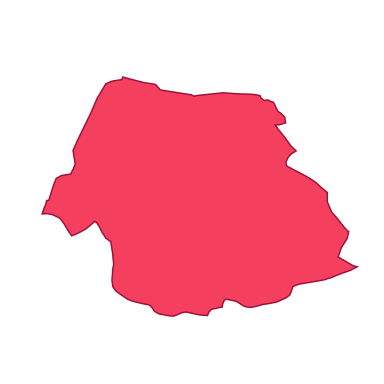 Duhok, Dihok, Iraq (Robinson projection), rotated 171°
{"feature_id": "34846034B6031553398703", "entity_name": "Duhok", "entity_type": "district", "adm_level": 2, "iso_a3": "IRQ", "parent_name": "Iraq", "parent_adm1": "Dihok", "projection": "robinson", "projection_center": [43.064, 36.944], "detail": "fine", "context": "isolated", "style": "filled", "palette": "rose", "viewbox_px": 384, "rotation_deg": 171, "n_neighbors": 0, "source": "geoboundaries", "source_scale": "gbopen_adm2", "svg_char_len": 2017}
<svg xmlns="http://www.w3.org/2000/svg" viewBox="0 0 384 384"><g transform="rotate(171 192 192)"><path d="M196.0,67.6L193.9,71.0L192.1,72.3L191.1,73.2L188.6,73.2L184.0,73.6L180.2,73.6L179.5,76.1L177.0,80.0L174.9,80.8L165.1,77.0L159.1,71.5L156.6,70.2L152.4,68.9L147.5,68.9L140.1,69.8L131.3,69.8L125.0,70.2L115.9,72.7L111.6,74.9L109.5,78.3L107.1,82.9L101.1,84.2L75.1,84.6L66.6,85.9L61.7,87.2L58.3,87.9L58.2,87.9L55.4,88.5L48.4,89.7L40.6,92.3L43.8,93.6L49.1,97.8L57.8,105.0L53.3,113.5L45.9,122.0L43.4,128.4L44.1,128.8L47.3,133.5L53.2,144.1L57.1,150.0L58.5,155.6L59.9,161.1L58.5,170.4L63.8,176.4L68.0,181.9L73.6,187.0L78.2,190.8L94.3,202.7L94.7,206.5L92.6,209.9L90.8,212.0L87.7,214.2L82.7,216.3L87.0,221.8L91.9,231.6L96.8,240.1L99.2,245.0L99.3,245.2L98.0,245.0L96.0,244.8L95.4,244.7L94.8,244.8L88.7,245.6L88.7,251.5L92.2,256.2L94.3,257.9L95.7,261.7L96.4,264.5L96.8,266.0L97.8,268.1L99.9,269.0L102.8,271.1L104.0,271.1L105.1,271.1L106.3,271.1L107.7,272.3L109.1,274.0L109.8,276.6L113.3,277.9L117.2,279.1L129.1,281.3L145.7,285.1L169.6,286.4L170.8,286.4L174.0,286.4L175.2,286.4L177.4,288.1L186.5,291.0L203.8,296.6L207.3,297.8L209.0,300.4L211.1,303.8L215.7,305.5L221.4,307.2L233.3,312.3L242.4,316.4L243.8,314.0L253.5,314.0L260.1,312.4L265.0,306.6L271.2,299.1L279.6,285.8L296.8,261.2L303.0,251.6L303.0,237.8L305.6,233.5L309.1,228.7L318.4,228.7L324.1,226.6L328.1,219.6L334.7,206.3L336.9,206.3L338.5,202.3L340.6,199.3L343.4,193.8L338.8,193.4L333.9,191.7L331.8,190.4L329.3,188.7L326.8,187.0L323.3,180.6L320.5,173.4L317.7,167.5L312.8,168.7L309.6,169.6L302.6,172.1L292.7,178.1L291.0,176.8L288.8,171.7L287.1,166.2L285.7,163.2L284.3,159.8L280.0,155.6L280.0,150.9L280.0,147.5L280.0,143.2L280.4,138.1L280.4,136.0L280.7,132.6L282.5,128.0L283.5,122.9L284.9,117.3L284.9,110.5L282.8,106.3L278.2,101.6L272.3,96.1L268.1,93.6L257.9,89.3L251.9,87.2L249.8,84.6L247.7,80.0L244.1,77.0L240.6,75.7L233.6,73.2L229.7,72.3L227.3,72.7L220.9,74.4L216.7,74.4L207.9,71.0L203.4,69.3L196.0,67.6Z" fill="#f43f5e" stroke="#9f1239" stroke-width="1.5"/></g></svg>